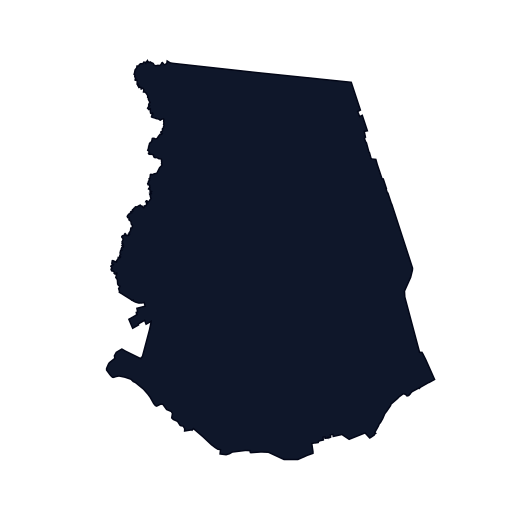 the district of Staphorst, Overijssel, Netherlands, rotated 263°
{"feature_id": "6326949B79471435364663", "entity_name": "Staphorst", "entity_type": "district", "adm_level": 2, "iso_a3": "NLD", "parent_name": "Netherlands", "parent_adm1": "Overijssel", "projection": "orthographic", "projection_center": [6.228, 52.637], "detail": "fine", "context": "isolated", "style": "filled", "palette": "ink", "viewbox_px": 512, "rotation_deg": 263, "n_neighbors": 0, "source": "geoboundaries", "source_scale": "gbopen_adm2", "svg_char_len": 6089}
<svg xmlns="http://www.w3.org/2000/svg" viewBox="0 0 512 512"><g transform="rotate(263 256 256)"><path d="M161.0,93.8L156.0,96.6L154.0,98.0L153.1,98.9L152.9,99.8L153.4,102.3L153.6,105.4L151.7,111.1L148.9,116.9L146.3,118.9L145.1,120.9L137.6,128.1L132.0,131.9L128.6,133.8L122.0,136.5L119.8,137.9L119.1,139.1L120.5,143.1L120.4,144.7L120.1,145.5L114.5,148.6L112.0,153.0L109.9,153.9L105.6,152.6L103.8,154.0L101.8,157.4L101.0,158.2L97.2,160.0L96.7,160.8L96.3,162.3L95.9,163.1L93.3,164.2L91.0,163.8L91.3,171.0L90.9,171.3L92.3,172.9L82.9,181.5L74.1,188.8L70.7,192.3L68.9,194.5L68.1,197.2L63.9,196.2L62.4,202.1L63.0,205.6L64.3,208.6L64.3,221.8L63.7,225.5L63.6,226.2L61.6,226.5L61.4,227.1L60.9,237.1L59.7,244.4L50.6,259.0L48.9,272.7L51.9,282.6L53.2,288.5L54.8,288.7L63.1,288.5L63.4,291.7L63.2,291.8L63.3,295.0L64.3,295.5L64.8,296.5L65.2,300.4L68.0,300.4L68.1,302.3L66.6,302.3L66.7,304.8L66.5,305.1L67.2,305.2L67.3,305.6L66.7,306.6L66.8,307.1L67.1,308.0L69.4,308.0L69.6,310.7L67.5,310.7L68.4,319.9L67.7,320.3L62.7,326.1L67.1,342.7L61.5,346.7L61.8,347.5L63.8,351.4L65.0,352.3L65.4,353.2L66.4,352.4L72.1,356.6L74.7,358.1L75.2,359.0L79.1,361.9L83.8,364.6L85.9,366.7L91.1,371.3L92.5,371.9L97.4,379.2L98.7,380.7L101.3,385.3L100.5,387.5L98.7,388.8L98.8,390.1L99.3,391.1L100.0,391.5L100.1,392.1L100.7,392.4L102.3,394.3L105.3,401.9L104.8,402.0L105.8,403.4L109.1,411.2L109.4,412.5L111.7,418.2L132.6,411.8L138.7,409.6L140.2,408.9L140.1,407.7L140.6,407.1L140.5,406.6L197.2,398.7L203.1,399.1L216.0,406.9L222.8,409.5L224.9,409.9L290.7,397.1L290.7,396.9L302.3,394.6L302.3,394.2L304.8,393.6L307.3,393.3L307.3,393.6L317.0,391.7L317.2,390.5L332.0,387.5L337.3,386.7L338.1,382.9L338.7,382.1L344.8,381.2L345.6,380.7L354.8,379.4L356.1,378.7L359.3,377.9L359.4,378.1L360.7,378.8L360.7,379.1L366.5,378.6L366.7,381.8L382.7,378.6L381.7,375.9L387.0,374.5L388.1,377.4L416.8,371.7L438.0,279.0L457.4,196.8L458.2,194.3L460.4,191.6L457.9,190.9L457.0,188.7L457.2,188.0L459.4,186.7L459.2,186.1L457.7,185.1L456.8,184.1L457.2,181.7L457.0,179.6L458.1,177.9L459.3,177.6L460.1,176.9L460.3,176.0L460.9,175.5L461.0,174.5L461.5,174.5L461.2,173.1L462.0,172.7L461.7,172.1L463.1,172.0L461.8,170.6L460.7,170.1L461.8,169.4L462.1,168.2L460.6,167.1L460.9,165.2L460.8,164.6L460.0,163.4L458.7,162.6L459.1,161.3L459.0,160.9L458.1,160.9L457.0,160.3L455.5,158.7L451.8,157.5L451.3,157.1L450.2,157.9L448.8,157.5L447.2,158.1L445.4,157.4L445.1,157.8L445.2,158.9L444.9,159.3L443.1,159.3L441.0,158.9L440.7,159.1L441.0,159.9L440.8,160.2L439.4,159.5L438.8,159.9L439.1,160.6L439.0,160.8L437.6,160.3L437.5,162.2L435.7,162.4L435.8,162.9L436.4,163.5L436.1,164.3L434.8,165.0L432.5,164.3L432.2,165.8L431.5,166.5L428.4,168.1L426.6,167.8L425.8,168.5L424.4,168.3L421.2,169.6L420.6,168.6L418.9,167.8L418.6,167.9L418.1,168.6L417.6,167.8L415.9,166.4L414.4,167.5L415.2,168.8L415.1,169.1L412.7,168.7L410.6,168.8L410.1,169.4L410.6,170.7L410.4,170.9L409.3,170.9L408.6,170.0L406.9,169.2L406.4,169.7L405.4,172.2L404.5,173.8L403.9,175.9L402.5,177.5L403.3,179.4L403.5,180.7L402.9,181.2L400.6,180.7L399.3,180.9L397.9,180.3L396.8,180.8L395.9,180.1L394.5,179.7L393.6,178.6L391.6,178.4L391.0,177.9L390.8,176.8L390.5,176.6L389.7,176.9L388.9,177.8L388.2,176.9L388.5,175.7L386.7,173.8L384.6,172.1L384.4,170.3L385.3,169.1L385.4,167.7L385.3,167.4L382.1,166.3L381.9,166.1L381.6,165.0L380.4,163.9L379.5,163.7L378.7,163.2L377.6,163.2L377.4,162.7L376.0,162.4L374.1,161.4L373.3,162.3L371.9,162.9L371.3,162.5L371.3,162.0L371.1,161.8L370.0,162.3L369.6,164.9L368.9,166.6L368.1,166.4L366.5,166.9L365.9,167.8L365.8,169.7L364.4,171.4L364.1,173.0L363.6,173.8L362.7,174.1L361.9,173.7L360.7,174.0L359.0,173.4L358.0,173.9L357.1,173.3L355.4,171.1L350.4,167.8L350.1,166.9L350.0,165.0L349.4,163.3L349.9,161.5L349.7,161.1L346.4,160.3L345.6,159.2L344.3,159.6L343.3,158.4L342.0,158.1L341.1,157.3L339.8,157.6L339.4,158.8L339.1,159.1L338.2,158.9L336.9,159.2L336.7,159.1L336.7,158.6L336.2,157.8L335.6,157.5L335.0,158.8L333.5,158.8L332.9,159.9L332.5,158.9L331.5,159.4L331.3,158.4L331.1,158.6L331.0,159.8L330.6,159.8L330.2,158.3L329.8,158.0L328.9,158.7L328.1,158.4L326.6,158.6L326.0,159.0L324.4,157.4L323.7,156.9L322.9,155.7L322.9,155.4L324.0,154.6L324.2,154.1L323.9,153.6L323.3,153.2L323.1,154.0L322.2,153.9L322.0,154.6L321.1,154.7L320.9,153.6L319.9,153.4L319.3,153.0L319.3,151.2L317.6,150.5L318.2,149.5L319.4,149.0L319.8,147.8L320.6,147.4L320.4,146.4L319.5,144.6L319.3,143.3L319.5,142.3L318.6,141.6L318.2,140.7L317.4,140.0L317.0,139.1L315.6,139.2L315.6,138.1L315.2,137.2L314.1,137.7L314.1,136.5L313.4,135.9L313.0,134.7L311.3,133.2L310.9,133.0L309.7,133.4L309.0,134.8L307.4,134.3L305.6,136.1L302.9,136.1L301.2,137.1L299.5,136.6L299.0,136.3L299.0,135.2L296.0,134.4L294.2,132.7L293.2,133.2L292.9,132.9L293.1,132.6L293.0,131.9L292.0,132.1L291.9,131.5L292.1,129.8L293.5,129.4L294.2,128.8L293.7,128.2L292.7,128.1L292.4,126.1L291.8,125.2L290.7,125.2L289.9,126.0L288.2,126.0L286.3,124.7L285.6,125.1L284.7,124.6L284.4,125.3L283.9,125.7L282.9,124.4L282.3,125.6L281.9,125.8L281.1,125.3L281.4,124.5L281.0,124.0L279.2,123.0L278.2,123.6L277.9,122.3L275.5,121.4L274.2,121.9L273.6,121.1L272.1,120.5L271.8,121.4L271.2,121.3L271.0,121.2L270.9,120.0L271.3,119.1L269.6,118.5L268.6,117.3L266.9,116.8L267.0,116.5L267.6,116.2L267.6,114.9L268.2,114.6L268.9,113.3L268.9,112.8L266.3,112.0L264.8,113.4L264.6,113.2L264.7,112.1L263.9,111.0L263.2,110.7L262.8,111.3L261.3,111.6L261.1,110.9L260.3,110.5L258.8,111.0L258.1,113.0L257.0,113.4L256.3,113.0L255.2,113.9L255.2,114.3L256.2,115.3L256.2,115.7L256.0,115.9L251.7,114.2L250.4,115.1L249.0,115.5L245.0,115.3L243.4,116.0L243.1,116.7L242.6,117.3L242.0,117.1L240.5,115.7L237.6,116.2L236.7,115.9L227.9,126.8L227.4,127.1L227.1,127.6L227.3,128.7L226.4,128.6L225.0,130.7L223.6,133.9L223.3,136.9L223.5,139.3L219.7,139.9L218.6,131.4L214.9,131.7L214.6,130.3L212.7,130.8L212.7,130.4L212.2,130.6L208.7,122.1L199.3,124.8L201.9,131.0L202.9,130.8L205.7,137.6L201.7,138.6L203.9,143.9L202.2,143.5L195.7,141.3L169.8,130.9L169.3,129.8L168.1,129.2L177.5,114.8L180.0,111.5L177.4,105.6L174.2,103.3L171.6,103.4L168.0,97.5L166.7,96.4L162.6,94.0L161.0,93.8Z" fill="#0f172a" stroke="#020617" stroke-width="1.5"/></g></svg>